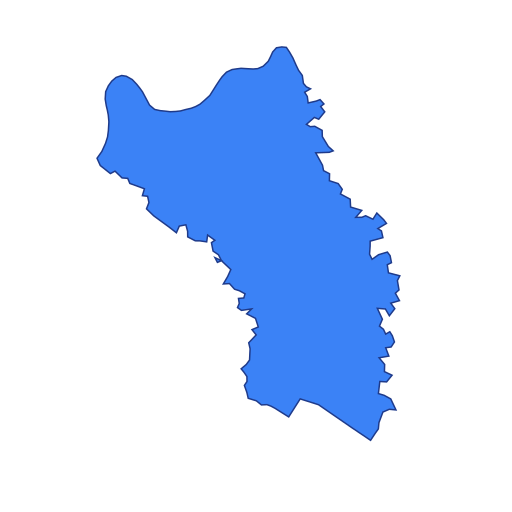 Erval Grande, Rio Grande do Sul, Brazil, rotated 349°
{"feature_id": "56859067B56856517935555", "entity_name": "Erval Grande", "entity_type": "district", "adm_level": 2, "iso_a3": "BRA", "parent_name": "Brazil", "parent_adm1": "Rio Grande do Sul", "projection": "mercator", "projection_center": [-52.58, -27.365], "detail": "fine", "context": "isolated", "style": "filled", "palette": "blue", "viewbox_px": 512, "rotation_deg": 349, "n_neighbors": 0, "source": "geoboundaries", "source_scale": "gbopen_adm2", "svg_char_len": 2722}
<svg xmlns="http://www.w3.org/2000/svg" viewBox="0 0 512 512"><g transform="rotate(349 256 256)"><path d="M118.6,129.7L120.4,137.5L128.8,147.3L133.8,145.8L139.4,153.8L144.9,155.3L146.0,160.7L159.3,168.7L156.0,175.1L161.0,176.7L161.1,183.1L157.5,188.8L163.3,197.1L176.1,210.9L182.3,218.0L186.4,212.0L193.1,212.0L193.6,218.7L192.6,224.2L199.3,229.5L203.7,230.4L210.3,232.7L212.5,226.2L218.6,232.7L214.8,234.4L214.8,243.0L219.4,247.6L221.2,254.0L228.7,264.5L224.3,270.7L218.6,277.2L224.7,278.0L228.6,284.5L233.0,286.9L238.0,291.0L236.0,294.9L230.7,294.3L230.5,299.4L228.0,303.1L231.3,306.6L241.6,307.1L235.8,311.0L243.6,317.1L244.7,326.1L238.0,327.5L241.1,333.5L232.3,339.8L232.5,346.0L229.8,356.9L225.8,360.6L219.9,363.9L222.0,367.8L224.1,372.6L223.2,377.5L219.9,380.8L221.0,388.1L221.2,394.2L228.7,398.2L232.9,403.2L238.4,404.0L242.0,406.2L245.7,409.2L249.5,412.8L254.1,417.1L257.4,420.2L272.1,404.7L289.0,413.9L317.1,442.6L333.3,458.8L339.4,452.6L343.1,449.1L344.9,443.0L350.8,433.4L357.6,431.9L364.0,433.8L361.0,422.0L355.2,417.2L349.9,414.4L353.6,402.8L360.2,404.5L366.8,399.0L360.0,394.0L361.6,387.0L357.4,379.4L367.3,379.6L365.8,370.8L371.3,371.1L375.5,366.8L374.6,360.3L372.9,355.9L368.4,357.4L367.1,352.2L363.8,348.4L368.0,342.2L365.1,330.5L372.9,332.7L375.5,340.1L382.2,334.2L379.3,328.0L388.3,327.2L385.7,319.1L389.9,316.6L390.1,307.1L393.4,302.9L382.8,297.8L383.2,289.6L387.7,288.4L387.7,281.3L385.7,277.2L376.6,278.1L369.3,281.4L367.8,275.9L369.9,268.1L370.9,263.2L384.1,262.2L383.9,255.3L380.8,252.3L390.3,248.9L388.3,244.8L382.8,236.9L377.8,242.2L371.3,237.4L367.3,238.2L361.3,237.1L368.5,231.4L358.2,226.0L359.3,218.2L350.7,211.2L353.4,207.0L350.5,200.6L342.4,196.1L343.9,189.3L338.6,185.1L338.6,179.6L334.3,166.1L347.7,168.2L351.8,167.5L347.9,162.3L343.9,151.5L344.9,145.3L338.4,139.9L333.9,139.4L330.6,136.4L339.7,131.1L343.7,133.7L351.0,127.6L348.0,121.6L351.7,119.7L348.7,114.7L344.8,115.4L336.4,115.7L336.8,109.2L335.0,104.5L341.4,102.3L337.7,99.5L335.5,95.6L335.9,87.6L333.2,81.8L331.7,76.1L330.0,68.6L327.8,62.2L325.6,57.0L321.2,55.7L315.8,55.5L311.3,58.9L308.5,62.9L305.2,67.2L299.3,71.1L293.5,72.4L288.9,71.9L283.3,70.5L277.1,68.9L272.5,68.6L268.1,68.4L262.1,69.9L257.0,73.5L253.9,76.4L249.5,80.9L245.1,85.6L241.3,89.6L234.9,93.5L230.0,96.3L225.2,97.8L220.6,98.6L215.0,98.8L209.4,99.2L204.8,98.8L199.3,98.0L194.6,96.5L189.6,95.0L184.5,92.8L180.3,87.6L177.8,79.4L175.9,73.2L173.9,68.9L171.7,64.7L168.2,59.2L163.0,54.8L158.6,53.2L152.7,54.0L147.8,56.8L143.6,60.7L139.8,66.0L137.9,73.2L137.7,79.9L137.9,84.4L137.9,89.3L137.2,96.2L135.0,104.8L133.0,110.8L129.8,116.7L124.6,124.0L118.6,129.7ZM221.2,254.0L215.4,249.8L216.9,254.9L221.2,254.0Z" fill="#3b82f6" stroke="#1e3a8a" stroke-width="1.5"/></g></svg>